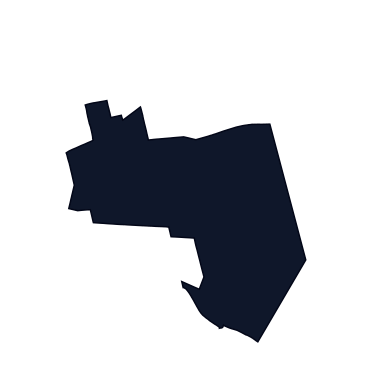 Comuna 9, Ciudad de Buenos Aires, Argentina, rotated 213°
{"feature_id": "61730980B27244915898287", "entity_name": "Comuna 9", "entity_type": "district", "adm_level": 2, "iso_a3": "ARG", "parent_name": "Argentina", "parent_adm1": "Ciudad de Buenos Aires", "projection": "mercator", "projection_center": [-58.49, -34.654], "detail": "fine", "context": "isolated", "style": "filled", "palette": "ink", "viewbox_px": 384, "rotation_deg": 213, "n_neighbors": 0, "source": "geoboundaries", "source_scale": "gbopen_adm2", "svg_char_len": 3809}
<svg xmlns="http://www.w3.org/2000/svg" viewBox="0 0 384 384"><g transform="rotate(213 192 192)"><path d="M163.7,291.3L164.0,291.1L165.7,289.9L166.3,289.5L167.6,288.6L171.3,286.1L172.0,285.7L173.6,284.7L175.0,283.7L177.4,282.1L178.2,281.6L179.0,281.0L179.6,280.4L180.9,279.4L182.2,278.2L184.2,276.5L185.6,275.2L190.2,270.5L190.7,269.9L196.1,263.4L199.0,259.9L199.6,259.1L203.0,254.7L203.9,253.5L204.8,252.5L205.6,251.5L206.2,250.6L207.0,249.8L208.7,247.7L209.2,247.1L212.8,243.0L217.2,238.0L217.6,237.8L221.5,236.4L224.1,235.5L224.4,235.4L229.0,233.7L229.5,233.3L231.3,231.9L231.8,231.5L232.6,230.9L236.1,228.2L239.6,225.4L243.1,222.7L246.7,219.9L249.0,218.1L250.2,217.2L251.1,216.5L251.6,216.1L253.0,215.0L253.7,214.4L254.0,214.1L254.3,213.9L254.8,213.5L256.9,211.8L258.5,213.4L259.0,213.8L260.5,215.3L261.3,216.0L263.8,218.5L268.4,222.8L269.1,223.4L271.3,225.6L271.5,225.7L272.6,226.8L274.0,228.2L274.5,228.7L274.9,229.2L277.2,231.3L279.8,233.7L281.3,235.0L281.6,235.2L283.5,229.8L286.3,222.2L288.5,216.2L289.2,214.6L289.6,214.9L291.0,216.0L291.9,216.7L292.6,217.4L293.1,217.8L300.6,210.2L302.4,212.0L303.7,213.3L304.3,213.8L305.7,215.1L306.0,215.4L306.5,215.9L307.9,217.2L308.2,217.4L310.2,219.3L311.0,220.1L311.5,220.6L311.7,220.8L313.1,222.2L313.2,222.3L314.6,220.9L322.5,213.6L323.0,213.2L323.9,212.3L324.1,212.2L324.3,211.9L325.5,210.7L327.7,208.3L328.9,206.8L327.0,205.1L326.2,204.4L325.4,203.6L324.7,202.9L324.1,202.2L322.6,200.5L321.9,199.9L320.7,198.6L320.5,198.4L319.3,197.3L316.7,194.8L316.1,194.3L315.8,193.9L315.1,193.3L312.5,191.3L310.9,189.7L309.3,188.2L308.3,187.2L307.7,186.6L305.6,184.4L305.3,184.0L305.0,183.7L304.6,183.0L303.2,181.7L303.8,180.1L305.9,177.0L307.2,175.0L307.8,174.0L308.2,173.5L308.5,173.0L309.9,171.0L313.3,165.7L315.3,162.8L317.4,159.4L318.8,156.3L318.6,156.1L318.1,155.8L317.2,155.1L314.4,152.5L312.1,150.5L311.5,150.0L310.6,149.3L309.3,148.0L308.6,147.4L304.3,143.2L303.7,142.7L299.3,138.4L294.4,133.6L294.2,133.0L291.8,126.3L291.5,125.6L291.4,125.1L289.9,121.1L289.7,120.4L288.2,116.4L286.6,111.8L286.3,111.0L281.9,112.6L277.7,114.1L274.1,117.0L270.6,119.7L267.6,121.8L266.8,121.0L264.9,119.2L261.7,116.1L258.7,113.2L258.0,112.6L252.1,115.9L250.7,116.7L249.1,117.6L246.5,119.0L245.4,119.6L241.0,122.1L237.0,124.3L234.2,125.9L233.2,126.5L231.5,127.5L230.7,128.0L229.8,128.5L228.5,129.2L225.0,131.2L221.7,133.1L220.8,133.6L218.2,135.1L214.9,137.0L214.6,137.2L212.2,138.6L211.9,138.8L211.3,139.1L210.8,139.4L209.7,140.0L206.7,141.8L204.0,143.3L198.8,146.4L194.2,149.1L193.9,149.2L193.7,149.2L193.3,149.5L192.4,150.0L192.0,149.6L188.0,145.8L187.0,144.8L185.2,143.1L181.1,145.5L177.1,147.8L173.0,150.1L169.0,152.4L165.0,154.6L162.9,152.5L161.0,150.6L159.0,148.7L157.0,146.9L156.5,146.5L151.9,142.2L147.2,137.9L146.8,137.5L142.6,133.6L138.0,129.4L135.7,127.3L135.6,126.9L134.7,122.7L133.7,118.0L133.0,114.9L132.9,114.4L137.4,113.6L151.8,111.3L151.6,111.1L150.0,109.6L149.2,108.8L147.3,107.0L146.8,107.4L146.3,107.4L144.1,107.4L141.6,106.6L139.5,105.8L137.3,104.8L136.7,104.5L136.2,104.3L135.0,103.6L134.9,103.6L132.3,102.3L129.7,100.9L129.2,100.6L127.6,99.8L126.0,98.9L125.0,98.4L124.6,98.2L121.9,96.8L121.8,96.7L119.6,95.8L119.0,95.5L115.9,94.6L113.9,94.4L111.7,94.1L109.0,94.0L107.2,93.7L106.1,93.7L101.5,93.6L100.8,93.6L100.4,93.6L100.1,93.6L99.4,93.7L98.6,93.7L98.4,93.7L98.0,93.6L97.0,93.6L96.9,93.6L96.2,93.5L95.5,93.4L95.1,93.2L94.8,92.7L94.4,93.2L94.2,93.5L93.7,93.6L92.8,94.7L92.6,95.5L92.7,96.0L93.1,97.5L91.7,97.5L86.6,98.4L83.9,99.1L83.0,99.4L79.2,100.5L78.9,100.6L73.8,101.2L68.7,101.6L68.1,101.9L66.9,102.1L65.5,102.2L64.6,102.3L63.7,102.4L62.3,102.4L61.7,102.5L60.9,102.4L60.2,102.4L59.3,102.3L59.0,102.3L58.1,102.3L57.4,102.2L56.5,102.2L55.4,102.2L55.2,102.2L59.5,195.0L59.6,197.0L163.7,291.3Z" fill="#0f172a" stroke="#020617" stroke-width="1.5"/></g></svg>